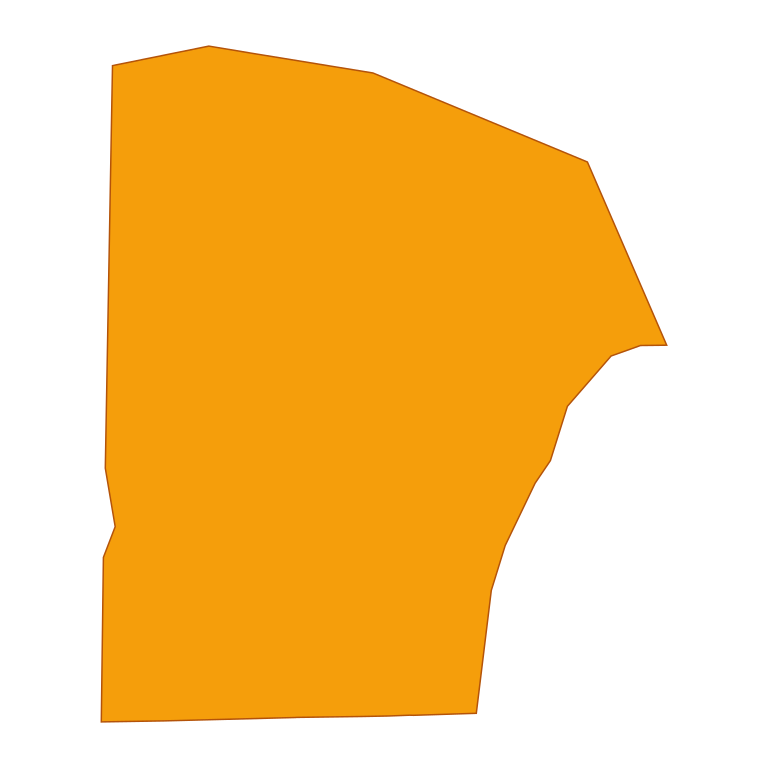 Logan, Kentucky, United States of America (Albers equal-area conic projection)
{"feature_id": "52423323B14651853731347", "entity_name": "Logan", "entity_type": "district", "adm_level": 2, "iso_a3": "USA", "parent_name": "United States of America", "parent_adm1": "Kentucky", "projection": "albers", "projection_center": [-86.828, 36.858], "detail": "fine", "context": "isolated", "style": "filled", "palette": "amber", "viewbox_px": 768, "rotation_deg": 0, "n_neighbors": 0, "source": "geoboundaries", "source_scale": "gbopen_adm2", "svg_char_len": 464}
<svg xmlns="http://www.w3.org/2000/svg" viewBox="0 0 768 768"><path d="M666.7,345.2L660.5,330.9L587.4,162.0L373.0,73.0L252.7,53.4L208.8,46.1L112.5,65.6L105.3,468.2L115.2,526.7L103.4,557.4L101.3,721.9L163.5,720.9L295.7,717.5L296.4,717.4L361.7,716.5L388.3,716.0L406.9,715.3L409.7,715.2L413.6,715.3L476.3,713.3L491.3,590.4L505.2,545.5L535.1,483.2L550.4,460.6L567.4,406.3L611.1,356.0L640.5,345.5L666.7,345.2Z" fill="#f59e0b" stroke="#b45309" stroke-width="1.5"/></svg>